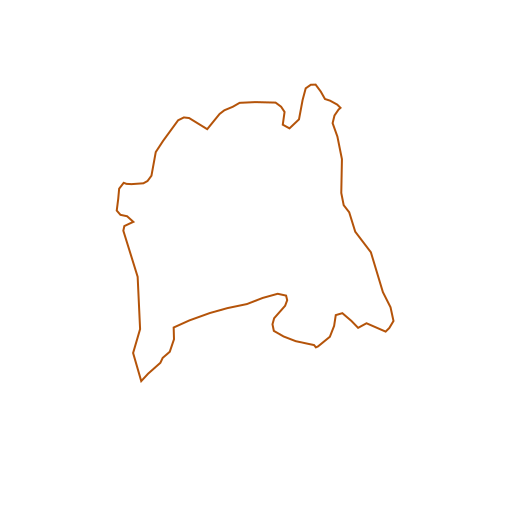 an SVG outline of Montenegro, rotated 40°
{"feature_id": "MNE", "entity_name": "Montenegro", "entity_type": "country or territory", "adm_level": 0, "iso_a3": "MNE", "parent_name": "Europe", "parent_adm1": "", "projection": "equal_earth", "projection_center": [19.258, 42.706], "detail": "fine", "context": "isolated", "style": "outline", "palette": "amber", "viewbox_px": 512, "rotation_deg": 40, "n_neighbors": 0, "source": "natural_earth", "source_scale": "50m", "svg_char_len": 1258}
<svg xmlns="http://www.w3.org/2000/svg" viewBox="0 0 512 512"><g transform="rotate(40 256 256)"><path d="M225.5,88.2L225.1,90.7L225.8,97.9L229.3,105.0L241.6,112.2L259.6,126.6L280.8,152.9L290.5,160.7L299.3,162.6L316.4,173.6L328.3,176.3L341.6,179.3L376.4,202.1L392.0,208.8L403.1,217.4L404.4,225.5L403.9,230.6L383.9,236.5L380.4,245.4L370.7,244.4L358.9,244.3L355.1,250.0L360.8,259.4L364.5,270.4L361.6,285.5L360.6,287.5L357.8,286.9L341.2,295.7L328.9,299.9L317.8,301.9L312.5,297.7L309.9,292.0L310.3,275.4L308.3,269.8L304.5,267.0L296.9,271.0L288.1,283.8L279.9,298.7L267.6,314.3L257.4,329.2L246.4,348.1L238.9,363.7L246.7,372.5L251.5,384.8L250.0,394.0L251.4,399.3L249.0,415.4L248.5,425.6L224.2,409.3L214.2,386.5L178.7,348.0L138.1,321.9L135.9,317.7L138.2,312.7L140.1,308.7L131.7,308.4L125.7,311.6L120.1,310.7L113.8,300.9L107.9,292.4L107.6,285.0L110.4,284.0L114.4,281.0L123.0,272.7L124.7,268.3L124.3,261.7L112.4,240.8L110.8,227.3L109.1,202.1L111.7,196.2L116.1,193.3L137.1,190.2L136.8,170.6L138.1,164.7L142.3,156.6L145.0,149.2L156.6,138.5L172.4,125.9L179.3,125.5L185.3,127.3L192.1,138.2L199.6,136.7L201.1,123.7L191.4,106.5L186.3,95.6L187.9,89.6L191.5,86.4L199.9,88.4L207.9,91.4L212.9,89.4L220.9,87.8L225.5,88.2Z" fill="none" stroke="#b45309" stroke-width="2"/></g></svg>